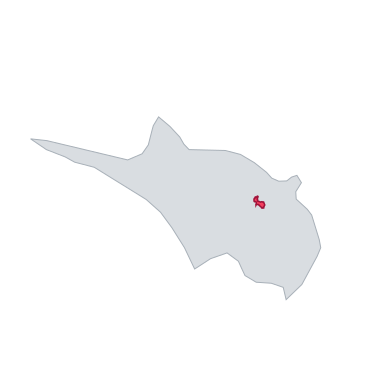 location of Kalo Chorio Lemesou, Limassol, Cyprus, rotated 231°
{"feature_id": "46923920B64669824717962", "entity_name": "Kalo Chorio Lemesou", "entity_type": "district", "adm_level": 2, "iso_a3": "CYP", "parent_name": "Cyprus", "parent_adm1": "Limassol", "projection": "equal_earth", "projection_center": [33.03, 34.846], "detail": "fine", "context": "in_parent", "style": "filled", "palette": "rose", "viewbox_px": 384, "rotation_deg": 231, "n_neighbors": 0, "source": "geoboundaries", "source_scale": "gbopen_adm2", "svg_char_len": 2611}
<svg xmlns="http://www.w3.org/2000/svg" viewBox="0 0 384 384"><g transform="rotate(231 192 192)"><path d="M267.9,203.7L271.4,213.3L256.9,216.1L242.4,217.1L234.3,215.8L226.8,216.4L203.3,244.0L190.7,253.3L175.6,258.9L160.3,262.3L152.6,262.7L145.8,266.2L141.0,272.6L140.9,278.8L138.9,284.0L130.4,282.9L126.9,272.8L120.9,268.5L106.0,270.7L98.8,270.5L74.9,260.9L67.7,257.0L63.3,248.8L51.0,219.2L49.1,197.4L60.5,202.9L71.2,196.2L81.5,185.1L93.7,180.6L101.4,182.5L109.0,184.5L122.6,180.9L128.5,164.5L130.5,145.6L153.5,151.1L176.9,153.9L196.1,154.8L215.0,151.7L272.7,131.6L289.0,119.6L299.1,115.5L316.6,105.5L334.9,100.0L323.3,111.5L257.4,162.2L253.1,177.3L256.1,187.7L265.5,200.3L267.9,203.7Z" fill="#d9dde1" stroke="#a8b0b8" stroke-width="1"/><path d="M145.3,234.4L145.2,234.4L145.0,234.6L144.9,234.7L144.9,234.9L144.8,235.1L144.6,235.2L144.5,235.3L144.3,235.4L144.1,235.4L143.9,235.5L143.6,235.5L143.4,235.4L143.1,235.1L142.9,235.1L142.7,234.9L142.3,234.6L142.4,234.4L142.3,234.2L142.2,234.0L142.0,233.7L141.8,233.6L141.5,233.4L141.6,233.6L141.6,233.8L141.5,234.2L141.5,234.3L141.4,234.6L141.2,234.9L141.0,235.0L140.9,235.2L140.8,235.4L140.7,235.6L140.3,235.8L140.1,235.9L139.9,235.9L139.6,235.7L139.4,235.7L139.0,236.0L138.5,236.0L138.3,236.0L137.9,235.9L137.6,236.0L137.3,236.1L137.2,236.1L136.9,236.2L136.7,236.2L136.4,236.3L136.1,236.4L135.9,236.4L135.6,236.4L135.6,236.5L135.4,236.8L135.1,236.8L135.1,236.7L135.0,236.8L134.8,237.0L134.7,237.2L134.7,237.4L134.6,237.5L134.5,237.8L134.8,237.9L135.0,237.9L135.2,238.0L135.4,238.1L135.4,238.3L135.2,238.4L135.2,238.6L135.4,239.0L135.5,239.1L135.7,239.3L135.8,239.6L135.9,239.8L136.1,240.2L136.1,240.4L139.0,241.3L139.0,241.2L139.0,240.9L139.3,240.8L139.5,240.9L139.7,240.7L139.9,240.5L140.0,240.5L140.3,240.4L140.5,240.2L140.7,239.7L140.9,239.5L140.9,239.4L140.9,239.1L141.0,238.9L141.1,238.7L141.4,238.7L141.6,238.6L141.9,238.4L142.2,238.3L142.3,238.3L142.5,238.0L142.9,237.9L143.0,237.6L143.3,237.3L143.8,237.3L144.0,237.4L144.3,237.8L144.5,238.1L145.0,238.1L145.3,238.1L145.5,238.2L145.7,238.4L145.7,238.7L146.0,238.9L146.1,239.3L146.3,239.5L146.5,240.0L146.7,240.3L147.0,240.5L147.5,240.4L147.7,240.1L147.7,239.9L147.6,239.6L147.5,239.3L147.5,238.8L147.6,238.5L147.8,238.3L148.2,238.3L148.3,238.1L148.3,237.9L148.1,237.7L148.0,237.8L147.8,237.8L147.8,237.5L147.7,237.4L147.8,237.3L147.8,237.2L147.9,236.9L147.8,236.7L147.7,236.5L147.8,236.4L147.7,236.1L147.6,235.9L147.3,235.5L147.0,235.4L146.7,235.1L146.5,234.9L146.3,234.8L146.2,234.7L145.9,234.5L145.6,234.5L145.5,234.4L145.3,234.4L145.3,234.4Z" fill="#f43f5e" stroke="#9f1239" stroke-width="1.5"/></g></svg>